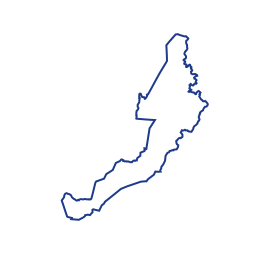 Santiago Comaltepec, Oaxaca, Mexico, rotated 330°
{"feature_id": "50627088B9825150146899", "entity_name": "Santiago Comaltepec", "entity_type": "district", "adm_level": 2, "iso_a3": "MEX", "parent_name": "Mexico", "parent_adm1": "Oaxaca", "projection": "mercator", "projection_center": [-96.381, 17.637], "detail": "fine", "context": "isolated", "style": "outline", "palette": "blue", "viewbox_px": 256, "rotation_deg": 330, "n_neighbors": 0, "source": "geoboundaries", "source_scale": "gbopen_adm2", "svg_char_len": 5455}
<svg xmlns="http://www.w3.org/2000/svg" viewBox="0 0 256 256"><g transform="rotate(330 128 128)"><path d="M224.9,80.8L225.0,80.6L224.9,79.9L224.7,79.6L224.6,79.2L224.4,78.9L224.3,78.2L224.2,77.9L224.0,77.4L223.8,77.4L223.2,77.2L222.5,76.7L219.1,73.1L218.1,71.7L216.0,70.8L211.6,72.3L207.7,73.6L202.6,75.5L200.0,80.6L197.6,85.2L196.6,87.0L195.3,89.4L192.9,90.8L189.1,92.9L188.5,93.2L188.1,93.4L186.0,94.6L183.1,96.2L174.3,101.5L171.4,103.3L165.3,107.0L162.1,108.9L161.6,108.6L161.1,108.6L160.9,109.2L160.5,109.8L158.5,111.0L158.3,111.0L157.7,111.2L157.2,111.2L157.1,110.9L157.4,109.6L157.3,109.3L156.2,108.6L155.7,108.0L156.1,104.7L155.5,104.2L154.7,104.4L153.1,106.8L153.3,107.4L153.2,107.9L152.4,108.1L152.4,108.8L150.5,111.4L148.0,112.7L147.0,114.4L147.1,115.1L147.0,116.0L146.1,116.8L144.8,117.3L143.9,117.6L142.7,119.2L142.2,120.1L142.1,120.6L141.5,121.0L141.6,121.9L141.5,122.1L140.9,122.6L140.3,123.6L140.1,123.7L140.0,123.8L139.9,123.9L139.9,124.1L147.8,129.6L155.3,134.6L146.5,139.1L133.4,155.3L132.1,153.8L131.5,154.8L131.4,155.7L130.7,156.2L126.5,155.6L124.7,158.3L121.3,158.6L120.4,159.3L119.4,160.5L118.7,160.0L117.7,160.0L117.3,159.3L116.2,159.1L115.1,159.2L114.5,159.6L113.5,159.1L112.6,158.5L112.1,157.8L111.3,156.9L110.3,156.6L109.7,155.8L108.6,155.4L108.1,154.8L107.4,154.2L107.9,153.6L107.0,152.3L106.5,151.9L104.5,152.6L100.0,152.2L93.9,156.7L90.7,156.9L86.1,157.1L81.9,159.9L73.7,158.4L72.5,159.0L71.0,160.5L69.4,162.2L68.0,163.6L67.7,164.0L64.3,167.5L61.2,170.6L60.6,171.0L60.2,171.1L59.8,171.1L59.5,170.8L59.3,170.6L58.8,170.6L58.5,170.4L58.1,169.9L57.7,169.9L57.2,169.4L56.5,169.1L55.4,168.1L54.5,167.6L53.9,167.6L53.6,167.5L52.5,166.7L51.8,166.1L50.0,165.6L49.5,166.0L49.4,165.9L49.3,165.5L48.7,165.3L48.4,165.6L47.1,165.1L46.2,163.0L45.9,162.6L45.6,162.3L44.8,159.7L45.0,158.1L45.0,157.6L44.5,156.7L44.2,156.2L43.8,155.5L42.9,154.9L42.7,154.6L42.4,153.9L41.9,153.6L41.3,153.2L41.4,152.9L41.2,153.3L40.8,153.5L40.7,153.6L39.4,154.3L39.2,154.5L38.9,154.8L38.2,155.8L36.4,156.8L35.7,157.0L34.4,157.6L34.1,159.0L33.4,162.5L33.1,164.2L32.9,164.9L32.4,167.3L31.8,170.2L31.0,174.4L32.1,175.7L34.4,177.8L33.3,178.6L39.5,182.9L44.3,183.1L45.7,183.0L46.9,182.7L47.3,182.1L49.9,183.0L51.5,184.4L55.2,183.2L56.2,181.1L57.2,181.0L60.0,183.7L61.7,185.2L66.5,181.9L67.1,181.8L69.6,181.4L70.5,180.8L70.9,180.4L71.8,180.3L72.5,180.1L73.6,180.0L87.2,177.9L91.4,177.2L98.1,178.1L112.3,180.9L116.4,182.8L117.2,183.4L119.9,182.3L127.1,181.4L128.5,180.4L129.9,179.4L132.4,181.1L134.4,182.0L134.4,181.7L134.4,181.3L135.2,180.4L135.8,180.1L136.1,180.0L136.4,179.7L137.0,179.1L137.3,178.5L137.8,178.2L138.5,177.9L139.5,177.5L140.0,177.4L141.3,176.5L142.0,176.0L143.4,175.1L144.1,174.3L144.3,174.0L144.5,173.7L144.9,173.4L145.6,172.2L146.7,170.9L147.0,170.7L148.9,169.7L149.7,169.3L150.4,169.3L151.3,169.5L151.9,169.3L152.6,168.7L153.7,169.2L154.7,169.2L156.1,170.0L156.5,169.6L158.1,170.2L159.0,170.7L159.8,170.7L162.0,169.3L162.9,168.1L162.3,166.5L162.4,166.1L162.3,165.8L163.2,163.4L164.5,163.1L166.1,162.5L167.2,162.3L168.2,162.6L168.5,163.1L170.7,162.9L171.7,161.3L171.7,159.3L171.4,158.3L173.6,156.9L174.3,157.7L175.3,158.0L176.4,158.0L176.9,159.1L178.0,159.5L178.5,160.2L178.4,160.7L178.7,161.1L180.5,162.7L181.1,163.0L184.1,161.4L185.0,160.3L186.3,159.6L188.3,159.4L190.3,158.9L190.9,158.2L191.9,157.4L193.3,157.1L194.3,156.2L194.4,155.2L194.5,154.5L194.7,153.9L195.8,153.0L196.7,152.3L196.6,152.1L198.2,151.0L198.2,150.6L200.1,150.2L201.7,150.2L203.2,149.0L205.2,148.1L206.7,148.7L207.6,148.2L208.6,147.9L209.1,147.0L208.9,144.9L208.3,143.1L207.6,143.1L206.8,142.7L206.3,142.2L206.3,141.2L205.6,139.8L205.5,136.3L206.9,135.3L206.7,134.5L208.5,133.6L207.7,131.3L207.0,131.2L204.9,131.6L203.9,132.6L203.4,132.5L202.7,130.0L201.5,129.3L200.6,127.8L199.8,127.7L198.8,127.2L198.6,126.8L199.3,126.4L201.8,126.5L201.0,124.4L202.5,122.9L202.7,121.6L204.3,121.2L204.8,123.0L205.6,123.7L206.6,123.5L206.8,123.2L207.8,122.9L209.1,123.8L209.8,123.5L209.6,122.3L210.0,121.5L211.1,121.0L211.3,120.6L210.8,119.1L210.2,118.5L210.4,117.5L212.3,117.0L214.1,117.4L214.3,116.8L213.9,116.0L213.3,115.0L212.3,114.4L211.7,114.1L211.3,114.0L210.8,113.7L210.3,113.1L210.1,112.6L210.1,112.1L210.3,111.7L210.6,111.1L210.8,110.6L211.1,110.6L211.5,110.7L212.5,110.1L212.5,109.4L212.5,108.9L212.4,108.4L212.2,108.1L212.5,107.8L212.5,107.4L212.8,107.2L213.3,107.1L213.3,106.8L213.1,106.5L213.0,106.2L213.0,105.9L213.0,105.6L213.1,105.3L213.2,105.0L213.3,104.7L213.3,104.3L212.9,103.9L212.6,103.9L212.1,104.1L211.7,104.2L211.1,104.4L210.6,104.5L210.2,104.6L209.5,104.6L209.2,104.5L208.9,104.3L209.0,103.9L209.3,103.6L209.6,103.2L209.9,103.1L210.1,102.8L210.3,102.3L210.2,102.0L209.9,101.7L209.5,101.5L209.2,101.1L208.9,100.8L208.8,100.5L209.1,100.1L209.3,99.9L209.8,99.7L210.2,99.5L210.5,99.4L210.8,99.0L210.7,98.5L210.5,98.2L210.4,97.9L210.2,97.6L210.0,97.2L210.4,96.7L210.7,96.6L211.1,96.7L211.5,96.6L211.8,96.6L212.3,96.6L212.6,96.6L213.1,96.3L213.4,96.1L213.6,95.8L213.9,95.3L214.0,95.0L214.1,94.5L214.1,93.9L214.0,93.4L213.9,92.9L213.8,92.4L214.0,91.9L214.3,91.6L214.5,91.3L214.9,91.0L215.5,90.6L215.8,90.4L216.3,90.4L216.8,90.0L217.5,89.9L218.0,89.7L218.5,89.5L218.8,89.2L219.2,88.8L219.3,88.6L219.4,88.1L219.5,87.8L219.7,87.4L219.9,86.9L220.2,86.5L220.4,86.0L220.7,85.6L220.7,85.0L220.7,84.7L220.7,84.3L220.8,83.8L220.9,83.4L221.1,83.1L221.3,82.6L221.6,82.2L221.9,81.8L222.1,81.6L222.6,81.5L223.7,81.3L224.9,80.8Z" fill="none" stroke="#1e3a8a" stroke-width="2"/></g></svg>